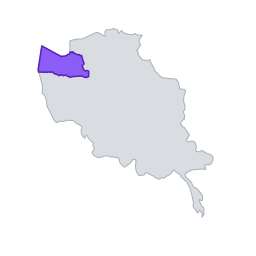 location of Nimroz within Afghanistan, rotated 80°
{"feature_id": "AFG-1751", "entity_name": "Nimroz", "entity_type": "Province", "adm_level": 1, "iso_a3": "AFG", "parent_name": "Afghanistan", "parent_adm1": "", "projection": "natural_earth1", "projection_center": [62.416, 30.83], "detail": "fine", "context": "in_parent", "style": "filled", "palette": "violet", "viewbox_px": 256, "rotation_deg": 80, "n_neighbors": 0, "source": "natural_earth", "source_scale": "10m", "svg_char_len": 5998}
<svg xmlns="http://www.w3.org/2000/svg" viewBox="0 0 256 256"><g transform="rotate(80 128 128)"><path d="M111.2,68.6L116.2,68.1L119.5,68.7L121.3,70.5L123.0,70.9L124.7,70.1L125.8,69.9L126.2,70.4L127.1,70.7L128.3,70.6L129.1,71.1L129.3,72.1L130.3,73.4L132.0,75.0L133.5,75.4L135.5,74.2L136.2,74.3L136.5,73.9L136.7,73.0L137.9,72.1L140.1,71.3L141.4,70.6L141.8,70.1L142.6,69.9L143.4,70.1L144.0,69.8L144.4,69.0L145.2,68.7L145.9,68.9L149.0,71.8L150.2,72.6L150.7,72.5L152.2,70.9L152.4,69.5L151.9,67.6L152.2,66.1L153.2,64.9L155.0,64.2L157.7,64.0L159.4,64.1L160.0,64.7L160.9,65.1L161.9,65.1L162.8,64.4L163.7,63.0L163.7,61.3L162.9,59.2L163.1,58.5L164.4,57.5L165.8,55.9L167.2,53.9L168.4,51.4L170.1,49.9L172.0,49.3L174.4,50.0L177.3,51.9L178.5,54.3L177.9,57.1L177.8,58.6L178.4,58.9L181.6,58.4L182.1,58.8L182.1,59.6L181.6,60.8L181.1,64.1L180.4,72.3L181.9,77.2L182.9,79.2L183.8,79.8L184.8,80.0L185.8,79.8L187.7,78.6L190.5,76.2L193.4,74.8L197.5,74.0L198.8,71.5L200.7,69.9L205.0,67.5L207.4,66.5L208.7,66.4L212.1,67.3L212.3,68.0L212.1,68.8L211.2,69.5L210.9,70.0L211.3,70.4L212.6,70.5L218.4,68.8L219.6,67.3L220.8,67.3L223.3,67.9L225.2,67.7L226.2,68.3L228.5,70.5L227.8,70.6L226.8,70.2L226.2,69.5L223.9,70.4L221.3,71.8L221.4,72.1L223.8,74.1L219.0,76.3L216.9,77.5L216.4,77.6L213.1,76.5L204.0,76.8L197.1,77.5L194.5,78.6L192.0,79.1L190.7,79.7L189.9,80.9L186.1,83.4L185.5,84.4L183.3,84.3L181.2,86.8L178.1,89.7L177.5,91.1L178.0,91.8L179.7,92.9L180.5,93.9L181.8,96.8L182.3,98.8L183.1,99.7L183.6,102.1L182.8,103.5L182.9,104.2L184.0,106.0L183.7,106.6L182.9,107.4L181.7,109.8L179.5,111.5L178.6,113.0L177.1,114.7L176.4,116.2L175.8,116.9L175.1,117.4L175.3,118.1L175.9,119.1L177.0,120.2L177.0,124.5L176.5,125.7L173.6,126.9L170.9,127.4L167.6,127.4L166.3,127.2L161.6,125.7L160.1,126.4L159.8,128.3L162.6,131.4L163.7,133.2L165.0,136.0L165.9,137.5L165.6,138.9L160.9,142.0L157.8,142.3L155.9,142.8L155.0,143.6L154.4,146.8L153.7,148.0L153.7,149.5L153.1,151.1L152.2,152.1L151.5,153.8L152.2,162.4L149.5,165.9L147.9,167.1L146.5,167.7L145.2,167.5L143.6,165.5L142.6,164.8L141.5,164.9L140.4,165.6L138.6,165.4L137.1,164.7L136.4,164.8L135.9,165.4L134.3,166.9L130.4,169.2L128.8,169.3L128.1,169.9L128.4,170.8L129.1,171.6L130.4,172.1L130.5,172.7L128.5,173.9L126.4,174.6L124.1,174.9L121.6,174.5L120.4,173.5L118.9,173.4L117.5,174.1L116.2,175.3L114.3,178.4L111.5,180.2L110.8,182.1L109.9,185.5L110.3,190.5L109.9,192.7L109.3,194.2L109.5,195.3L110.4,196.7L110.1,197.5L109.3,198.4L108.5,199.0L93.1,203.8L90.5,203.9L89.2,203.7L84.9,203.7L83.0,204.0L81.2,204.7L79.9,205.5L78.8,206.7L77.0,206.0L71.2,204.8L55.6,206.4L54.1,206.1L32.3,198.6L45.7,181.6L46.1,180.2L46.2,177.5L45.3,173.8L44.0,172.1L32.1,170.1L31.6,167.2L31.8,165.9L31.6,163.5L31.7,161.5L32.2,158.4L32.2,157.0L28.5,142.9L28.5,141.5L30.7,138.3L33.6,135.2L33.4,134.6L32.0,134.2L29.9,134.2L28.7,133.7L27.8,132.8L27.5,131.6L28.1,129.3L27.5,124.9L29.8,121.2L33.2,121.0L31.5,118.3L31.1,118.0L31.0,117.6L31.1,117.1L32.0,116.9L34.1,115.2L34.2,114.2L36.0,111.7L35.8,110.6L37.0,107.6L36.4,105.6L36.3,104.5L37.5,103.8L38.3,101.0L38.8,100.3L38.8,99.6L38.6,98.5L39.7,98.3L40.8,99.7L42.5,101.3L43.6,101.7L45.0,101.9L48.0,101.4L48.7,101.5L51.9,104.2L52.4,104.9L52.7,105.9L53.2,106.2L54.3,105.2L55.4,104.8L57.5,105.2L58.6,104.8L63.7,101.5L64.1,99.4L64.6,98.1L65.3,97.4L64.4,95.0L64.7,94.5L65.4,94.3L67.1,94.3L75.0,91.6L77.0,91.6L77.5,91.4L77.6,90.7L78.2,89.9L81.9,87.9L84.0,86.0L84.8,84.4L88.2,72.2L90.1,71.2L92.0,70.4L98.5,70.2L99.6,66.4L100.2,65.5L101.3,64.7L106.1,67.3L111.2,68.6Z" fill="#d9dde1" stroke="#a8b0b8" stroke-width="1"/><path d="M32.3,198.6L33.1,197.5L34.2,196.2L36.4,193.4L37.6,191.9L38.4,190.9L40.0,189.0L41.1,187.5L42.8,185.4L44.6,183.1L45.7,181.6L46.0,181.4L45.9,181.3L46.0,180.9L46.0,179.6L46.0,179.4L46.2,178.8L46.3,178.5L46.3,178.1L46.3,177.8L46.1,177.2L45.9,176.6L45.8,176.0L45.7,175.6L45.3,174.9L45.2,174.5L45.1,174.2L45.2,173.5L45.2,173.1L44.6,172.5L44.4,172.2L44.0,172.1L43.2,172.0L43.2,171.9L43.3,171.8L43.4,171.5L43.5,171.3L43.5,171.2L43.5,170.9L43.5,170.7L43.4,170.4L43.2,169.9L43.2,169.7L43.3,169.7L43.3,169.8L43.4,170.0L43.5,169.9L43.6,170.0L43.8,170.0L44.1,169.7L44.2,169.4L44.1,169.2L44.0,168.8L44.0,168.5L44.0,168.4L44.6,168.3L44.8,168.2L45.4,167.5L46.0,166.3L46.4,165.8L46.6,165.6L47.0,165.2L47.2,164.9L47.3,164.7L47.3,164.4L47.3,164.1L47.2,163.8L47.2,163.7L47.2,163.4L47.3,163.2L47.5,163.1L48.4,162.6L48.5,162.4L48.6,162.1L48.5,161.7L48.5,161.4L48.4,161.3L48.4,161.2L48.5,161.1L54.4,160.6L56.0,160.1L56.5,160.1L57.0,160.2L57.3,160.3L58.0,161.1L59.0,162.4L59.4,162.5L59.7,162.3L59.8,162.3L61.1,161.7L62.0,161.7L62.8,161.5L63.0,161.4L63.5,161.0L63.8,160.8L64.0,160.5L64.1,160.3L64.2,160.1L64.2,159.9L64.3,159.7L64.3,158.4L64.3,158.2L64.5,157.8L64.6,157.6L64.7,157.4L65.0,157.1L65.3,156.9L66.1,157.1L67.6,157.2L70.2,157.9L70.5,157.8L70.6,158.5L70.7,158.9L70.7,159.0L70.8,159.2L70.8,159.3L70.9,159.5L71.1,159.8L71.1,160.1L70.9,160.3L70.6,160.6L70.6,160.8L70.7,161.2L70.7,161.4L70.6,161.6L70.1,162.7L69.9,163.1L69.7,163.3L69.1,163.8L68.8,164.7L68.1,170.4L68.1,172.2L67.9,172.5L67.6,172.9L67.5,173.2L67.8,173.9L67.9,174.1L68.0,174.2L68.0,174.4L68.0,174.6L68.0,176.1L68.0,176.3L67.9,176.5L67.7,176.9L67.4,177.0L67.2,177.1L67.1,177.3L66.5,178.4L66.4,178.8L66.3,179.0L66.0,179.2L65.8,179.3L65.3,179.6L65.1,179.8L65.1,180.5L65.2,181.6L65.3,182.5L65.2,182.8L64.9,183.0L64.7,183.1L64.6,183.3L64.1,184.0L63.9,184.2L63.9,184.4L64.0,184.6L64.3,184.8L64.3,185.0L63.9,185.5L64.0,185.8L64.1,186.1L64.3,186.3L64.4,186.5L64.5,186.7L64.5,186.9L64.4,187.1L64.2,187.3L63.4,187.9L63.2,188.2L63.1,188.5L62.9,189.0L62.5,189.7L61.9,190.7L61.5,191.3L60.9,191.9L60.4,192.2L60.2,192.3L59.9,192.3L59.8,192.5L59.7,192.7L59.7,193.6L59.6,194.8L59.6,195.1L59.5,195.3L59.1,195.8L59.1,196.0L59.1,196.9L59.1,197.7L57.4,206.2L55.6,206.4L54.1,206.1L52.8,205.6L51.6,205.2L50.4,204.8L49.2,204.4L48.0,204.0L46.8,203.6L45.6,203.2L44.4,202.8L43.3,202.4L42.1,202.0L40.9,201.6L39.7,201.2L38.5,200.8L37.3,200.4L36.1,200.0L34.9,199.5L33.7,199.1L32.7,198.8L32.3,198.6Z" fill="#8b5cf6" stroke="#5b21b6" stroke-width="1.5"/></g></svg>